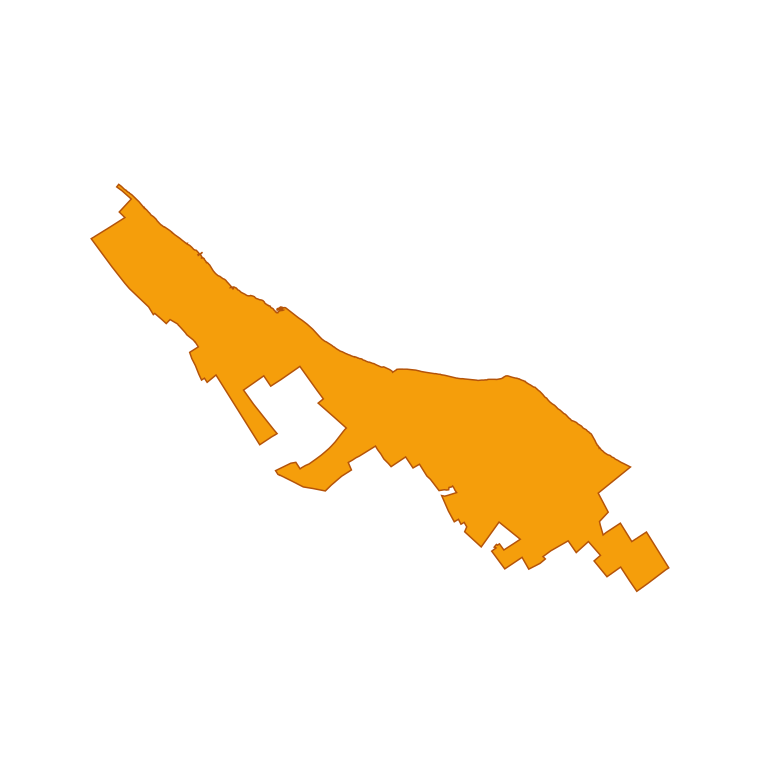 outline of Dzilam de Bravo, Yucatán, Mexico, rotated 51°
{"feature_id": "50627088B84511814526600", "entity_name": "Dzilam de Bravo", "entity_type": "district", "adm_level": 2, "iso_a3": "MEX", "parent_name": "Mexico", "parent_adm1": "Yucatán", "projection": "natural_earth1", "projection_center": [-88.729, 21.441], "detail": "fine", "context": "isolated", "style": "filled", "palette": "amber", "viewbox_px": 768, "rotation_deg": 51, "n_neighbors": 0, "source": "geoboundaries", "source_scale": "gbopen_adm2", "svg_char_len": 6084}
<svg xmlns="http://www.w3.org/2000/svg" viewBox="0 0 768 768"><g transform="rotate(51 384 384)"><path d="M603.6,244.7L596.9,247.7L594.0,249.1L590.3,250.4L588.0,251.5L585.8,251.9L584.3,252.8L582.1,253.2L581.4,253.5L580.4,254.3L579.4,254.8L576.0,255.9L573.2,256.2L572.4,256.6L569.8,256.5L569.6,256.7L569.3,256.5L568.4,256.6L568.6,256.9L568.0,256.7L566.2,256.5L565.6,256.8L564.6,256.4L563.7,256.4L560.6,255.6L553.5,254.4L552.1,254.6L551.7,255.0L550.0,255.0L548.9,255.5L546.8,255.6L544.0,256.8L543.2,257.0L541.1,257.0L536.8,258.5L535.2,258.6L532.8,259.7L530.8,260.9L530.6,261.2L528.4,261.3L526.9,261.7L524.5,261.9L523.1,261.9L521.1,262.3L520.3,262.8L515.1,263.6L512.8,264.4L509.8,264.6L507.7,264.9L505.5,265.7L502.3,266.4L499.7,266.6L497.3,266.5L495.9,267.1L495.1,267.2L492.1,267.2L487.6,267.6L486.3,268.0L481.5,268.7L480.6,269.6L476.9,270.8L474.6,271.8L473.6,272.0L472.7,272.5L470.8,272.6L470.7,273.0L470.0,273.1L469.8,273.3L468.7,273.8L468.6,274.0L465.8,275.5L465.4,275.5L465.2,275.9L463.5,276.8L463.3,277.2L462.5,277.6L462.3,278.0L459.2,280.3L455.7,282.6L455.0,283.4L454.4,284.3L454.0,286.6L453.9,287.5L454.1,287.7L453.6,289.5L451.5,293.4L450.0,295.1L446.5,299.4L445.7,300.6L445.6,301.3L445.3,301.8L444.4,302.9L443.7,304.1L442.5,305.5L440.4,308.7L439.2,309.7L430.6,318.4L429.3,319.6L428.3,320.9L426.2,322.9L425.8,323.1L425.5,323.6L415.6,331.2L412.8,333.7L411.8,334.2L410.9,335.3L408.4,337.4L407.9,338.1L401.5,343.9L397.6,347.3L396.4,348.1L393.2,350.6L386.9,356.9L382.0,362.9L381.2,364.0L380.6,365.1L380.8,365.6L380.3,369.9L380.1,369.8L379.0,369.7L376.4,370.5L370.9,373.2L370.2,373.8L369.7,375.0L368.5,375.8L364.4,377.9L361.6,379.1L361.3,379.6L357.9,381.5L357.4,382.2L355.2,383.5L353.5,384.2L352.4,385.1L351.1,385.3L349.7,386.1L349.1,386.9L347.5,387.7L347.4,388.0L346.2,388.4L344.4,389.6L344.5,389.8L344.1,389.9L343.7,390.4L341.2,391.9L340.7,392.0L337.8,393.8L337.2,393.9L336.6,394.4L332.8,396.1L331.1,397.2L327.2,398.6L325.1,399.2L324.1,399.3L323.4,399.8L321.3,400.2L315.0,402.3L313.5,403.1L309.9,404.0L306.5,404.3L296.7,404.9L289.1,406.1L283.2,407.5L278.5,408.9L263.2,412.4L262.4,412.8L261.6,413.8L261.2,414.5L260.0,415.0L259.0,416.0L259.0,416.4L260.0,415.7L260.4,415.7L261.2,414.8L261.5,414.9L261.6,415.2L260.7,416.2L259.6,417.0L259.4,417.7L258.9,418.1L258.4,419.2L258.4,419.9L258.6,420.1L258.8,418.9L259.5,418.1L259.2,420.4L259.3,421.0L259.5,420.0L259.7,419.5L260.5,419.0L260.8,418.0L263.2,415.8L263.1,416.3L261.5,418.9L261.4,420.8L261.5,421.4L261.8,421.6L261.4,422.3L261.0,422.0L260.5,422.7L260.1,422.6L259.7,422.9L259.3,422.6L258.8,422.8L257.7,422.8L257.3,423.0L255.9,422.8L254.6,423.2L253.8,423.7L252.9,423.8L252.1,423.4L251.0,424.0L250.9,424.3L250.3,424.3L250.0,424.5L249.8,424.5L249.4,425.0L248.3,425.0L247.7,425.4L245.9,425.7L245.0,425.4L243.0,425.6L241.7,426.3L240.0,427.8L239.1,428.2L237.5,429.2L236.5,429.7L234.6,429.8L233.1,430.6L231.2,432.0L231.1,432.7L230.0,434.1L228.8,434.9L226.9,435.5L222.9,437.3L220.2,437.7L219.1,438.3L216.4,438.4L215.8,438.9L214.7,439.2L213.7,440.1L213.4,440.8L213.9,441.2L214.1,440.8L214.8,440.9L215.1,441.1L215.1,441.4L214.3,441.0L214.0,441.5L213.3,441.1L213.0,441.2L212.6,441.7L212.6,442.3L212.4,442.6L212.1,441.4L207.2,441.6L206.6,441.7L203.7,441.7L202.1,442.1L200.7,442.9L197.1,443.8L195.4,444.8L192.1,445.4L188.6,445.5L181.7,444.6L180.8,444.8L179.8,444.7L178.1,445.1L178.1,446.2L177.8,445.4L175.5,445.2L174.4,445.3L173.7,444.9L172.9,445.1L172.6,445.0L172.0,445.4L171.2,445.6L171.1,445.8L171.4,446.4L171.2,446.5L171.0,445.6L168.1,445.2L167.5,444.6L167.5,442.8L167.3,442.8L167.2,446.9L167.2,447.6L166.9,447.9L167.1,447.2L166.7,446.9L166.5,447.0L166.5,446.7L167.0,445.5L162.0,445.7L160.8,446.7L159.5,447.2L157.1,447.3L153.9,447.8L152.2,448.6L150.9,448.9L150.8,448.4L150.7,448.5L150.8,449.1L144.8,450.5L142.6,450.9L136.2,452.7L133.3,453.2L133.3,453.4L132.6,453.5L132.5,453.3L129.8,453.9L123.8,455.7L123.8,456.0L123.0,456.3L121.1,456.8L120.6,456.8L120.3,457.1L117.7,457.4L115.7,457.5L114.5,457.6L112.5,457.4L109.1,457.8L106.0,458.7L103.8,458.6L102.4,458.8L99.2,458.9L98.6,459.1L97.7,459.1L96.9,459.7L96.4,459.2L96.2,459.2L96.5,459.5L96.3,459.6L88.2,459.7L78.2,460.9L75.6,461.7L74.8,461.6L74.0,462.1L71.4,462.6L71.0,462.5L70.3,462.9L69.3,463.2L65.2,463.7L61.9,464.5L62.6,467.7L69.0,466.0L81.2,464.0L83.7,481.5L91.6,480.6L89.7,497.3L86.8,520.1L122.1,521.7L142.8,522.0L149.8,521.8L176.0,518.4L184.9,519.6L184.9,517.7L194.4,516.0L200.0,515.2L199.3,509.7L207.0,506.8L207.8,506.6L209.0,506.8L209.8,506.6L216.8,506.2L219.5,506.1L221.5,506.3L229.9,504.5L232.4,504.5L232.4,504.3L238.3,504.9L237.1,515.1L243.1,517.3L251.1,519.0L259.7,521.7L266.1,523.3L266.5,519.9L271.4,520.4L271.3,508.9L353.0,518.8L354.3,505.1L355.3,498.3L350.0,498.4L317.5,498.1L300.3,497.0L302.0,472.3L314.4,473.4L315.7,461.4L317.4,438.3L347.5,440.1L357.4,440.5L357.4,447.2L377.9,443.7L394.5,441.0L394.8,443.4L395.3,445.8L398.3,458.4L399.1,463.8L399.5,467.3L399.7,472.4L399.8,477.5L399.5,484.6L399.0,492.4L397.9,496.4L397.2,500.8L397.1,502.6L389.4,501.8L386.9,506.3L383.1,522.8L387.5,523.3L389.3,522.5L389.2,522.3L401.2,516.8L413.2,511.5L420.5,505.0L430.2,496.9L429.4,488.6L429.0,475.1L430.3,463.4L422.5,461.2L423.3,456.2L423.7,452.1L424.5,448.6L426.9,429.7L431.0,430.3L436.4,430.5L442.2,431.3L448.6,430.6L452.7,430.5L454.3,413.1L467.5,414.3L468.7,406.9L482.6,408.6L487.2,407.9L501.5,408.3L504.1,403.7L505.8,402.1L506.9,400.3L505.3,398.6L506.5,396.3L506.5,394.9L508.7,395.1L511.3,395.7L514.1,395.9L510.6,404.7L509.4,407.4L507.0,409.4L523.3,413.9L535.3,416.1L536.0,411.3L541.4,412.4L542.0,408.8L547.1,409.6L549.6,414.3L571.8,411.0L563.7,381.5L590.4,375.8L589.7,383.3L588.4,395.3L580.9,394.9L580.6,397.3L579.5,397.5L579.5,398.1L580.1,401.0L581.0,400.4L581.9,400.1L581.7,405.5L603.7,406.5L605.6,385.8L619.0,388.0L621.6,375.5L621.5,368.7L618.2,369.1L618.6,359.4L621.8,339.6L636.0,340.7L635.1,324.3L653.4,323.6L653.7,332.1L674.1,332.0L675.2,315.3L691.8,317.0L704.2,318.0L705.0,304.8L705.7,281.9L706.1,278.4L664.2,273.2L662.4,290.6L640.9,287.9L639.2,304.8L639.2,308.7L629.7,304.7L626.5,303.1L624.7,290.4L603.6,286.2L603.6,244.7Z" fill="#f59e0b" stroke="#b45309" stroke-width="1.5"/></g></svg>